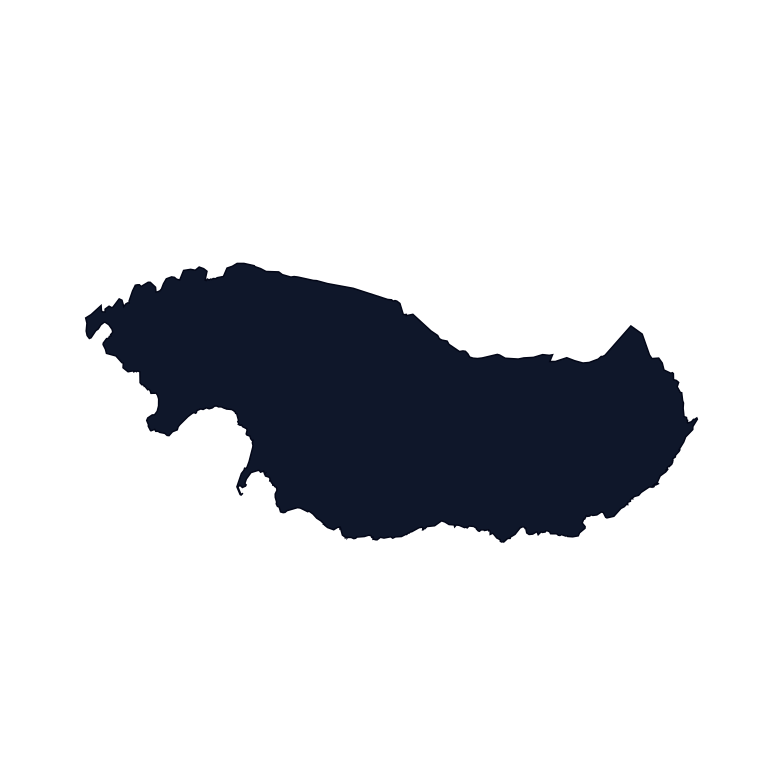 Svelvik nor, Vestfold, Norway, rotated 117°
{"feature_id": "86288312B37991214799587", "entity_name": "Svelvik nor", "entity_type": "district", "adm_level": 2, "iso_a3": "NOR", "parent_name": "Norway", "parent_adm1": "Vestfold", "projection": "natural_earth1", "projection_center": [10.357, 59.613], "detail": "fine", "context": "isolated", "style": "filled", "palette": "ink", "viewbox_px": 768, "rotation_deg": 117, "n_neighbors": 0, "source": "geoboundaries", "source_scale": "gbopen_adm2", "svg_char_len": 6111}
<svg xmlns="http://www.w3.org/2000/svg" viewBox="0 0 768 768"><g transform="rotate(117 384 384)"><path d="M460.6,679.8L464.7,676.3L472.0,673.4L475.6,670.5L477.2,667.2L475.8,666.0L467.4,665.0L464.7,663.6L460.0,663.2L456.1,661.4L455.6,660.4L456.1,656.1L458.8,651.0L461.1,649.2L464.1,650.0L465.0,649.0L466.2,650.3L468.3,650.1L469.5,651.8L475.0,652.7L476.4,652.2L479.5,648.0L482.7,645.2L480.7,635.6L484.0,627.2L483.7,625.8L488.0,623.9L489.3,617.6L486.3,613.7L486.8,612.4L485.4,611.8L485.4,610.1L484.2,609.5L484.0,607.0L493.6,601.9L494.6,599.5L494.2,598.8L494.2,597.3L494.9,596.6L494.5,596.2L496.4,591.9L495.4,591.1L496.1,589.3L498.1,587.4L495.6,582.8L497.0,580.5L499.6,578.0L505.9,574.9L511.3,573.7L515.7,574.5L516.8,576.5L521.5,579.1L524.2,578.9L527.1,575.5L528.6,574.9L531.4,571.0L531.5,570.4L528.5,567.7L529.8,565.9L528.7,563.8L528.9,561.8L527.5,556.9L528.3,553.9L527.6,552.1L522.6,550.8L518.7,547.4L515.5,548.0L513.0,547.5L502.1,543.9L496.9,541.4L495.6,540.2L495.7,538.8L494.8,538.2L492.6,538.6L489.4,536.0L488.8,533.6L485.8,531.4L485.5,528.6L483.2,526.1L480.7,525.0L479.6,523.2L479.5,521.0L478.2,518.6L478.1,515.1L477.4,513.5L477.9,513.2L475.9,508.2L476.0,505.5L476.5,504.8L476.2,504.0L477.5,502.9L477.4,501.7L482.5,497.1L484.0,497.2L485.0,495.5L486.1,495.5L486.1,493.4L485.2,492.4L486.2,490.6L486.2,486.0L487.6,484.9L491.1,484.1L491.7,483.0L491.3,479.8L493.3,477.9L494.2,475.9L493.7,475.1L496.2,474.6L498.3,472.8L500.1,472.2L514.3,469.0L520.3,468.3L521.9,468.6L522.3,470.0L524.4,469.6L528.5,470.4L542.4,468.4L547.8,462.0L547.8,460.9L545.4,460.1L547.5,461.2L542.1,467.4L539.6,466.4L540.5,463.2L538.0,461.2L537.6,461.7L537.7,461.2L536.5,461.0L536.0,462.5L535.0,463.0L531.1,463.5L523.3,462.3L518.1,456.9L517.7,455.7L518.6,454.0L516.3,451.7L518.2,449.8L517.7,449.4L518.4,449.5L519.8,447.8L519.2,444.1L520.1,442.5L522.2,441.8L521.8,441.1L523.2,439.1L523.2,438.1L524.6,437.2L524.3,435.8L525.0,434.7L525.0,432.9L527.2,431.1L531.4,431.0L534.4,429.4L537.9,426.1L539.7,425.6L541.4,423.4L541.3,421.5L544.9,418.1L544.4,415.4L543.3,413.9L540.9,412.9L533.4,404.9L532.5,402.2L532.4,393.9L531.6,393.6L531.4,392.2L532.1,388.2L534.1,383.0L534.6,378.1L535.8,374.3L536.4,374.3L536.1,373.0L536.7,372.9L537.5,369.1L536.7,362.6L533.1,360.5L531.4,358.4L533.0,357.5L532.3,357.2L537.5,352.5L538.1,348.9L538.6,348.6L537.8,348.2L537.5,347.3L538.0,347.0L537.3,346.9L535.6,343.6L535.5,340.7L534.3,339.2L532.8,338.8L528.8,332.2L525.9,329.3L524.9,327.0L526.2,325.3L525.4,324.4L527.4,323.3L526.7,322.2L526.8,321.3L526.0,319.4L522.2,317.6L521.3,314.1L517.1,308.7L517.4,306.2L515.0,304.4L512.0,299.2L508.3,296.5L507.8,295.5L505.8,294.8L505.5,294.0L503.4,293.1L503.2,292.3L496.2,287.6L494.4,285.2L494.8,283.9L496.4,283.4L495.9,282.8L494.5,283.3L494.4,281.9L491.5,281.0L487.3,274.5L479.8,270.6L479.3,267.0L479.7,262.3L477.7,257.5L479.2,256.2L476.8,255.6L475.8,252.8L475.4,247.1L474.1,245.6L474.5,244.6L471.9,243.7L470.2,239.4L470.6,236.0L471.2,235.8L472.1,233.3L471.9,232.1L470.1,231.4L468.6,228.9L469.0,228.1L466.4,224.7L467.2,224.0L466.8,223.7L467.0,222.6L469.8,221.1L467.8,219.5L467.8,218.6L470.0,213.6L470.0,209.8L471.4,208.9L471.3,207.2L469.9,206.0L470.3,205.5L465.5,203.7L464.3,201.5L463.0,201.8L458.5,199.0L450.5,197.4L448.5,195.9L447.9,194.8L448.0,193.3L448.6,192.8L448.1,192.3L451.9,189.2L452.2,186.4L450.2,183.3L446.5,181.0L446.3,180.5L448.3,178.2L444.3,176.9L444.4,175.6L442.7,173.2L441.4,173.3L440.6,171.6L440.5,169.3L441.8,167.6L439.1,162.2L439.6,160.0L439.1,158.5L437.6,157.5L437.0,153.1L436.1,151.9L436.5,151.2L434.5,146.5L431.1,142.0L427.8,142.2L421.3,139.4L419.7,140.1L417.9,144.3L413.7,144.7L413.3,143.9L409.4,143.9L409.6,142.7L408.2,140.7L407.2,140.7L406.5,139.7L406.3,138.3L404.0,134.9L399.3,132.2L399.0,130.2L402.1,126.0L402.1,124.6L397.5,119.1L387.3,116.4L384.2,114.2L381.0,113.3L380.8,112.1L378.8,113.2L376.6,111.2L375.4,111.9L373.2,111.3L373.3,110.4L372.5,110.8L370.5,109.8L367.6,106.6L363.9,105.7L356.0,101.3L354.7,100.3L354.7,99.1L352.9,97.9L353.7,97.5L353.0,96.9L352.1,96.9L352.8,98.0L352.2,98.1L350.0,97.2L350.5,96.0L348.3,94.3L348.1,95.0L349.1,95.8L348.5,96.3L347.6,95.8L340.6,96.2L334.5,93.1L333.1,92.8L333.5,93.4L332.4,93.7L331.2,92.5L330.1,93.7L329.0,93.5L327.4,92.6L327.8,92.3L324.9,91.2L322.3,91.4L321.9,92.2L321.1,91.8L319.4,92.8L316.8,91.3L315.1,91.9L310.0,90.5L308.4,90.5L308.4,91.3L299.6,90.6L294.2,91.2L284.4,88.2L281.7,89.5L273.1,88.8L272.2,89.9L274.7,91.3L275.0,92.2L278.0,92.9L280.8,95.6L280.7,96.2L278.5,97.0L278.5,97.9L276.5,99.3L276.8,101.9L269.7,106.5L265.0,108.5L263.2,110.4L256.6,114.8L257.0,116.1L253.4,121.5L248.8,122.2L248.1,125.2L248.7,128.0L243.3,130.9L243.0,132.2L244.2,133.3L244.4,140.9L239.0,145.6L236.2,151.0L239.7,156.8L237.6,160.6L222.3,176.6L220.2,190.4L258.0,200.1L260.2,201.6L260.9,203.0L264.5,204.4L271.6,210.9L275.0,216.3L276.7,224.7L277.6,233.1L286.1,241.5L288.7,246.5L281.4,247.1L283.4,249.7L285.8,256.0L292.4,262.9L297.3,271.3L300.8,275.7L306.0,287.7L305.7,294.1L306.2,296.5L316.2,308.3L318.8,312.2L320.5,316.3L321.1,319.9L319.0,323.1L317.9,326.3L318.7,328.7L320.8,331.5L319.2,344.1L317.1,347.2L318.6,352.5L318.5,355.3L316.4,358.2L315.4,366.2L308.8,389.9L313.0,395.2L311.9,395.7L313.1,397.6L313.1,398.6L305.0,406.4L304.3,410.2L304.7,412.1L305.6,412.9L306.0,414.3L305.5,415.4L307.0,419.1L312.7,454.9L320.2,480.0L322.5,491.0L323.8,494.0L327.8,509.3L329.1,512.9L331.0,515.5L332.7,524.2L331.9,528.7L337.3,540.2L337.2,546.3L338.0,552.2L337.5,553.3L340.1,563.4L343.2,569.6L348.0,572.6L352.0,576.5L361.1,575.9L365.1,581.0L366.4,581.5L367.6,584.1L369.1,584.9L369.1,585.9L370.7,587.1L370.7,589.1L372.6,589.4L372.6,590.6L363.9,592.9L363.1,597.0L363.7,601.8L368.3,603.8L369.6,608.3L373.8,614.1L384.1,613.2L384.8,616.5L384.1,619.1L385.0,621.9L389.1,625.7L394.8,626.0L400.4,625.4L402.8,626.0L404.9,627.8L405.5,629.0L401.5,631.5L399.5,638.4L400.4,640.3L407.4,644.7L406.6,647.0L407.9,649.3L409.6,649.8L409.2,650.4L415.2,650.3L425.7,648.8L427.6,647.8L428.0,649.1L429.9,650.4L433.2,651.0L428.3,655.5L428.4,658.6L438.6,660.4L439.6,661.3L439.5,664.3L443.9,666.5L446.4,665.2L447.6,667.6L447.0,669.0L442.5,671.7L455.2,676.5L460.6,679.8Z" fill="#0f172a" stroke="#020617" stroke-width="1.5"/></g></svg>